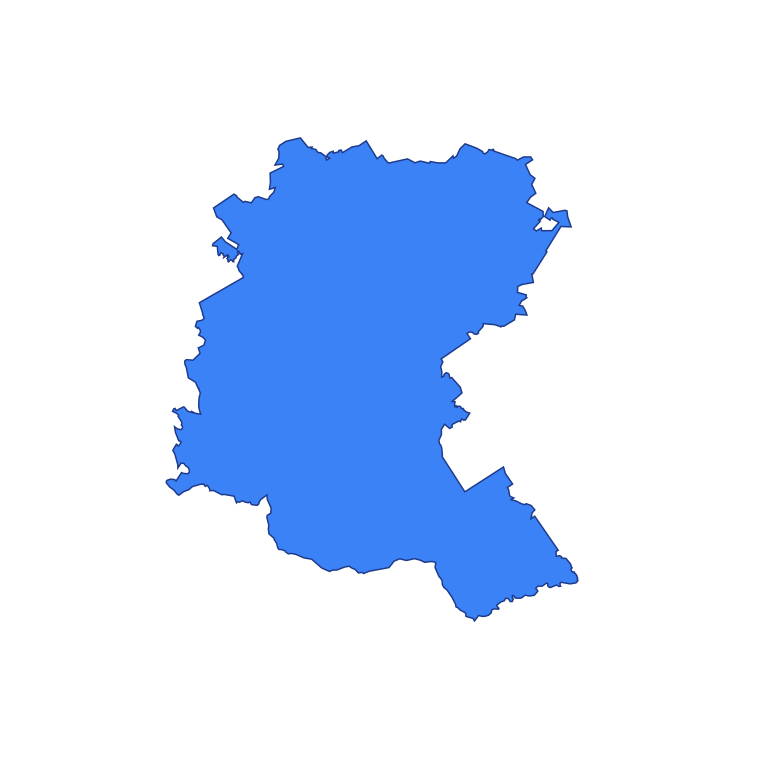 outline of Ģibuļu pag., Talsi, Latvia, rotated 335°
{"feature_id": "27541924B60318700247351", "entity_name": "Ģibuļu pag.", "entity_type": "district", "adm_level": 2, "iso_a3": "LVA", "parent_name": "Latvia", "parent_adm1": "Talsi", "projection": "orthographic", "projection_center": [22.362, 57.197], "detail": "fine", "context": "isolated", "style": "filled", "palette": "blue", "viewbox_px": 768, "rotation_deg": 335, "n_neighbors": 0, "source": "geoboundaries", "source_scale": "gbopen_adm2", "svg_char_len": 6171}
<svg xmlns="http://www.w3.org/2000/svg" viewBox="0 0 768 768"><g transform="rotate(335 384 384)"><path d="M464.7,567.5L460.3,568.2L463.8,563.4L467.5,561.8L466.0,556.3L462.3,552.6L461.0,552.9L458.6,551.3L454.2,545.8L450.2,542.5L453.5,542.1L451.3,539.8L450.7,538.3L452.3,532.4L452.0,530.0L458.3,529.0L456.2,516.5L457.2,509.7L411.7,515.9L406.0,474.0L407.0,472.9L409.2,466.7L409.6,463.5L409.1,461.5L409.9,458.3L414.7,454.1L416.8,449.4L422.0,446.1L424.7,452.0L427.5,451.9L428.6,449.7L429.6,449.4L436.4,449.2L437.3,450.5L439.6,448.5L440.8,450.3L442.6,451.0L449.4,446.6L446.9,444.3L445.1,441.0L445.6,440.6L445.3,439.5L443.9,439.0L443.8,436.7L441.7,435.4L440.3,436.1L439.8,435.3L440.5,435.1L440.2,434.2L438.9,434.4L439.3,433.8L438.8,433.3L440.9,430.0L438.3,428.7L450.8,425.1L451.8,419.3L448.1,406.8L446.3,406.5L447.0,402.1L445.2,400.0L442.4,400.7L442.1,402.1L439.2,402.1L441.6,397.3L442.7,392.2L446.7,388.8L446.4,385.4L481.5,379.5L480.5,373.4L483.5,372.9L486.2,374.8L486.6,376.5L488.9,378.2L491.2,377.8L491.2,376.7L498.2,373.6L499.4,371.2L509.8,377.3L514.2,381.7L515.2,381.1L516.9,382.3L529.3,381.0L532.8,376.4L542.7,381.9L543.1,376.9L542.7,372.1L539.7,369.8L543.7,367.0L549.9,366.2L549.5,365.0L550.6,363.4L543.7,357.4L546.4,352.1L551.4,352.2L562.3,355.1L564.4,346.9L565.4,347.3L587.5,333.1L587.0,331.7L610.9,316.0L620.0,320.7L621.1,310.1L623.0,304.4L621.5,303.1L609.7,300.0L607.7,293.9L600.4,300.1L603.7,305.7L605.9,304.1L607.0,305.3L606.6,305.9L610.8,311.4L601.1,316.0L591.8,311.8L592.4,309.1L586.7,309.7L585.1,306.5L594.4,302.5L593.4,300.7L594.5,300.1L595.3,301.1L599.1,299.6L599.7,298.1L601.1,294.8L590.0,280.0L595.7,276.6L602.2,275.3L602.2,265.6L607.7,261.4L604.9,256.1L605.0,244.8L613.4,243.6L612.9,240.2L606.4,237.2L599.4,237.5L598.6,235.4L581.7,219.0L582.3,218.5L582.2,217.5L579.8,217.1L578.3,215.9L576.0,217.5L572.7,218.0L571.5,217.0L571.6,215.0L567.7,209.5L559.0,200.6L552.2,203.0L546.1,208.2L542.4,208.7L542.9,206.4L533.4,209.7L526.3,206.4L519.9,201.9L518.6,203.2L511.1,197.3L505.6,196.6L500.4,189.9L481.4,185.7L479.6,179.8L479.5,176.8L478.8,175.6L473.0,176.9L470.6,156.1L462.1,157.5L455.1,155.6L444.1,156.8L444.1,153.9L443.6,153.6L441.7,153.3L441.5,154.5L435.7,153.4L436.3,151.6L432.8,151.2L429.2,152.5L428.5,154.2L430.1,156.4L426.5,156.7L427.3,153.0L424.4,147.8L421.9,146.1L421.4,142.7L417.7,139.8L419.0,138.9L415.2,137.5L412.2,125.6L397.6,122.6L390.3,123.6L387.1,126.3L387.0,129.2L384.1,134.8L377.7,139.5L385.0,141.8L384.9,144.4L369.9,144.7L366.4,153.1L362.4,159.1L368.5,160.0L365.0,163.7L359.6,165.7L358.3,167.1L356.4,167.5L355.0,166.8L349.2,161.1L345.7,160.6L340.4,163.7L335.1,159.7L333.3,159.9L329.7,152.3L330.0,151.3L328.3,148.5L303.9,152.4L303.1,161.8L306.6,166.8L309.3,182.4L303.9,186.0L311.2,196.2L307.5,199.7L300.3,188.1L298.8,182.1L288.4,184.6L287.0,186.2L291.1,188.8L288.4,196.3L288.5,197.7L289.8,197.8L291.5,195.9L293.3,198.2L292.7,198.8L293.3,200.4L292.3,201.6L296.6,200.7L297.2,201.3L297.2,202.7L296.3,201.9L295.9,202.3L296.1,203.4L294.7,203.9L295.1,205.7L294.4,207.0L294.7,207.6L297.6,206.6L298.9,208.3L298.6,209.0L299.5,209.7L300.2,207.7L303.2,207.1L303.7,205.9L307.1,205.0L306.9,202.7L307.7,201.7L308.5,202.7L308.9,205.8L310.9,206.1L300.7,215.3L300.9,218.0L300.5,219.4L301.2,222.7L302.0,223.8L301.6,224.8L302.0,225.9L301.6,228.0L251.0,232.3L249.6,243.0L249.0,244.4L248.9,248.6L245.8,249.3L241.0,248.1L237.4,252.1L238.5,254.7L239.7,254.4L240.3,257.8L239.2,259.7L236.7,261.4L239.4,264.8L240.8,268.7L237.1,272.7L230.9,272.8L230.3,278.4L221.0,281.7L215.2,278.4L213.1,279.0L211.9,282.2L211.8,285.5L209.3,295.8L213.9,302.7L213.8,308.5L214.3,309.9L213.9,310.0L213.7,314.6L210.6,318.3L207.3,324.5L206.1,327.5L205.0,333.9L200.3,330.5L198.4,328.0L198.3,329.0L194.6,325.7L193.2,320.6L192.5,320.0L184.5,320.3L184.4,317.9L183.0,317.6L180.8,319.5L183.6,322.8L184.6,325.4L183.7,326.4L184.6,333.5L182.9,335.8L183.4,336.9L182.8,338.8L180.9,339.6L177.9,337.6L176.1,334.2L174.5,340.0L174.0,348.8L175.5,350.1L175.5,351.0L171.9,353.3L170.8,352.7L170.9,351.4L170.4,350.8L164.6,354.8L164.8,359.4L163.0,370.0L161.7,373.0L166.7,369.9L169.1,371.5L169.7,374.5L171.1,376.5L171.3,378.7L170.5,381.4L168.1,382.4L164.2,380.1L163.1,378.7L154.6,384.0L153.9,382.2L150.4,380.0L146.6,379.6L145.5,380.3L145.0,381.7L146.3,387.0L148.7,391.2L149.9,396.1L151.0,398.1L156.9,396.9L162.7,397.3L167.0,396.0L176.2,397.5L178.6,399.0L178.4,400.1L178.8,401.2L180.6,401.1L181.4,402.5L181.6,405.4L181.0,407.1L184.4,408.4L190.2,415.8L192.6,416.6L200.7,422.3L200.1,429.4L201.5,428.7L203.1,430.1L206.4,430.0L208.0,432.2L210.7,434.2L212.9,434.5L212.7,436.4L213.2,437.5L217.8,440.4L219.9,439.7L221.2,438.0L223.7,436.5L231.0,435.1L229.4,439.4L229.3,448.6L226.8,453.2L222.7,453.7L221.5,455.2L219.9,463.3L217.9,466.5L216.4,471.3L219.1,477.2L218.8,479.0L219.4,483.1L218.4,487.8L218.9,489.6L221.5,491.0L223.8,493.5L223.8,494.5L225.5,497.5L228.2,498.3L232.2,501.2L238.1,507.9L244.4,512.2L249.8,524.4L255.4,530.9L258.4,530.9L262.9,532.7L270.6,533.2L275.4,534.4L277.4,537.7L279.4,539.6L280.9,544.4L284.5,545.5L285.5,547.2L291.4,547.4L311.0,552.5L318.3,548.8L324.4,549.1L329.7,553.4L337.9,555.2L342.5,559.1L345.5,562.8L352.0,564.9L354.8,566.9L355.3,568.0L352.7,572.0L352.5,582.0L353.2,583.8L353.5,587.0L352.1,590.6L352.3,593.6L354.1,597.5L355.5,606.3L355.8,613.7L355.1,616.5L356.6,618.4L357.3,620.8L361.1,625.9L360.1,629.3L365.7,634.2L365.9,637.0L371.9,633.8L374.9,636.2L377.7,637.3L381.1,637.7L384.2,636.9L386.4,634.1L389.2,634.5L392.6,636.5L393.3,636.0L392.5,632.9L392.7,632.1L397.7,630.9L401.6,631.3L403.4,629.7L405.9,630.8L406.5,634.6L408.4,635.3L410.3,633.4L410.3,631.1L411.0,629.9L412.0,630.7L412.6,633.5L416.7,635.6L418.5,636.0L422.5,635.0L426.2,637.6L430.9,639.0L435.8,636.8L435.9,635.5L435.1,633.8L436.1,632.7L438.5,632.4L442.0,634.1L447.2,633.1L448.0,634.0L447.2,635.9L447.3,637.3L448.7,638.8L455.5,639.1L456.9,641.4L458.6,641.9L458.9,639.4L460.6,638.5L468.2,643.8L473.9,645.4L475.5,644.8L476.8,643.9L476.4,643.1L477.5,641.8L477.2,641.1L477.8,639.5L477.3,636.5L476.7,636.2L477.0,634.7L475.0,633.8L475.1,630.9L476.8,630.1L476.5,629.4L477.0,625.9L475.2,619.0L471.4,616.8L471.8,615.6L470.6,613.8L467.3,613.0L469.1,608.5L471.6,608.3L464.7,567.5Z" fill="#3b82f6" stroke="#1e3a8a" stroke-width="1.5"/></g></svg>